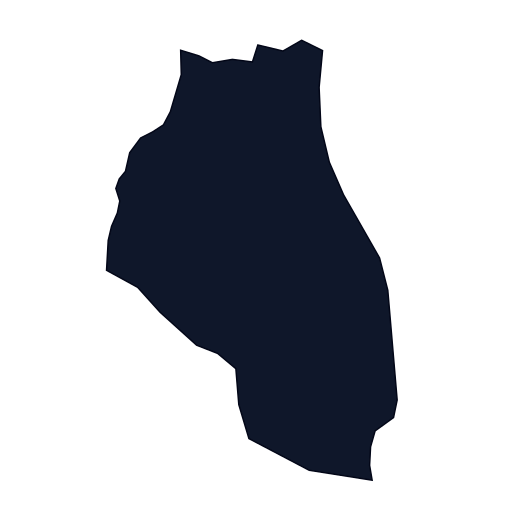 Kamuli, orthographic projection, rotated 183°
{"feature_id": "UGA-3069", "entity_name": "Kamuli", "entity_type": "District", "adm_level": 1, "iso_a3": "UGA", "parent_name": "Uganda", "parent_adm1": "", "projection": "orthographic", "projection_center": [33.145, 0.917], "detail": "fine", "context": "isolated", "style": "filled", "palette": "ink", "viewbox_px": 512, "rotation_deg": 183, "n_neighbors": 0, "source": "natural_earth", "source_scale": "10m", "svg_char_len": 693}
<svg xmlns="http://www.w3.org/2000/svg" viewBox="0 0 512 512"><g transform="rotate(183 256 256)"><path d="M404.5,233.9L404.4,263.8L401.8,278.1L396.7,291.7L394.9,303.8L399.5,316.1L396.6,325.8L390.8,333.7L387.5,352.6L377.4,367.8L365.9,374.4L355.3,382.1L349.1,395.5L340.1,433.2L342.0,457.5L323.3,452.8L309.6,446.7L289.9,451.1L269.7,449.6L265.2,466.8L239.8,462.1L221.7,473.8L200.3,464.6L201.8,427.7L198.0,388.5L187.7,353.5L171.8,321.7L132.5,260.5L122.6,228.7L107.5,119.6L110.2,101.9L127.9,87.6L131.6,71.5L131.6,52.9L128.3,38.2L191.6,44.8L253.5,73.3L265.4,106.7L270.2,142.4L289.2,156.7L310.6,163.8L348.7,194.7L372.5,218.5L404.5,233.9Z" fill="#0f172a" stroke="#020617" stroke-width="1.5"/></g></svg>